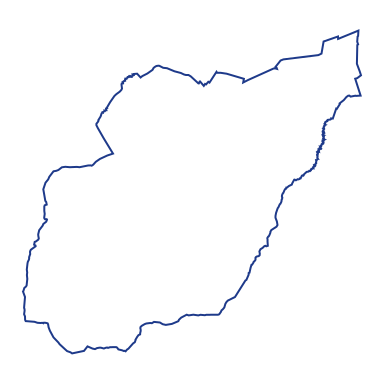 the district of Ciumani, Harghita, Romania
{"feature_id": "2599482B61629303727972", "entity_name": "Ciumani", "entity_type": "district", "adm_level": 2, "iso_a3": "ROU", "parent_name": "Romania", "parent_adm1": "Harghita", "projection": "orthographic", "projection_center": [25.481, 46.64], "detail": "fine", "context": "isolated", "style": "outline", "palette": "blue", "viewbox_px": 384, "rotation_deg": 0, "n_neighbors": 0, "source": "geoboundaries", "source_scale": "gbopen_adm2", "svg_char_len": 5904}
<svg xmlns="http://www.w3.org/2000/svg" viewBox="0 0 384 384"><path d="M87.5,346.4L92.6,348.6L95.0,349.1L97.0,348.1L99.3,347.7L100.9,347.7L103.9,348.5L105.7,347.8L107.1,347.5L108.0,347.9L110.1,347.2L116.1,347.1L117.1,347.6L118.4,349.4L122.1,350.3L123.8,351.0L124.7,350.8L125.6,351.3L127.0,349.6L128.4,348.7L133.1,343.4L134.8,342.2L135.6,340.0L135.5,339.7L137.3,336.7L138.5,335.1L140.1,334.4L140.2,333.0L140.7,330.9L140.6,329.2L140.3,328.1L140.6,326.9L141.8,325.8L144.7,324.1L146.3,323.5L150.2,323.0L151.9,323.2L154.0,321.9L159.9,322.5L162.7,324.2L165.8,324.9L171.9,323.9L178.3,321.2L179.0,319.7L181.2,317.6L186.7,314.7L188.7,315.4L193.3,314.7L198.3,315.4L200.5,314.8L204.9,315.2L206.3,314.8L218.1,314.7L219.2,314.3L220.9,311.9L221.5,310.4L222.9,309.2L224.3,307.5L225.4,303.8L226.4,302.1L227.8,300.6L235.0,297.0L245.4,280.5L246.4,279.9L248.6,274.8L248.7,273.0L249.5,272.7L250.6,267.7L251.5,264.8L252.1,264.7L253.5,262.5L253.6,261.9L255.2,260.4L255.6,259.0L255.4,258.0L255.8,257.2L256.8,256.5L258.7,256.1L259.6,255.3L259.8,253.7L259.4,251.4L260.5,249.2L262.6,247.9L264.3,246.2L265.3,245.8L266.2,246.3L267.8,245.8L267.5,240.9L267.6,240.0L267.3,238.1L268.2,236.6L268.7,236.4L269.5,234.9L270.4,232.6L270.4,231.7L271.4,230.0L276.5,226.7L277.5,225.0L276.9,221.5L275.5,217.8L275.5,215.9L276.1,212.8L277.7,208.2L278.4,207.3L279.8,204.2L280.4,203.8L281.4,201.7L281.7,199.5L282.2,198.8L282.1,197.7L282.3,197.4L281.9,196.5L282.0,195.3L282.8,193.3L283.3,193.0L284.4,190.3L285.3,188.9L285.9,188.8L286.3,187.6L286.8,187.7L288.9,186.0L291.8,184.6L292.2,183.4L294.2,179.7L294.7,179.6L295.9,180.3L297.7,179.2L298.4,179.4L299.5,179.0L299.8,178.6L300.2,178.5L300.1,178.2L300.8,178.0L301.8,175.8L302.3,175.4L303.3,175.7L303.7,175.3L303.8,174.5L306.6,171.9L308.5,171.6L309.1,170.9L310.0,171.1L311.0,170.2L311.1,169.7L310.9,169.6L311.4,168.8L312.5,168.8L312.9,168.0L313.3,168.1L313.1,167.6L313.5,167.2L313.3,167.0L314.1,166.3L314.2,166.7L314.6,166.5L314.7,166.1L314.5,165.8L315.0,165.8L314.9,165.1L315.1,165.0L314.6,164.6L315.4,164.2L315.6,163.8L315.4,163.6L315.7,163.7L316.1,163.3L315.9,163.0L316.0,162.3L316.2,162.2L316.3,161.4L316.1,160.3L316.5,160.4L317.2,159.6L317.4,158.5L317.8,158.6L317.3,157.7L317.6,156.8L317.4,156.5L317.0,154.8L317.6,153.7L317.8,154.1L317.9,153.5L317.6,153.4L317.9,152.2L317.2,152.3L317.0,152.0L317.8,151.3L318.4,151.5L318.1,151.0L318.5,150.2L318.7,150.3L318.6,149.9L319.1,150.1L319.4,149.7L318.9,149.6L319.1,149.1L320.6,148.9L320.3,148.4L320.7,148.3L320.2,147.8L320.5,147.4L320.2,147.4L320.4,147.2L320.1,146.6L320.7,146.7L320.9,145.7L321.2,145.6L321.6,144.4L321.9,144.5L322.2,143.8L322.8,143.8L322.8,143.2L323.4,143.2L323.5,142.7L323.1,142.6L323.1,142.1L322.8,141.7L323.0,141.1L322.5,141.0L322.6,140.6L323.6,140.9L323.9,140.3L323.5,140.1L324.1,139.8L323.6,139.7L323.7,139.3L323.9,139.5L324.3,139.1L323.7,138.3L323.8,137.4L323.4,137.6L323.7,136.7L323.0,136.2L323.0,135.2L323.4,135.1L322.5,134.7L322.8,134.1L323.3,134.1L323.7,133.6L323.2,133.3L323.1,132.8L323.6,132.4L322.8,132.0L322.9,131.5L322.7,131.4L322.8,131.0L323.4,130.7L323.7,131.0L323.6,130.6L323.9,130.5L323.7,130.5L323.4,129.9L324.0,129.2L323.5,128.7L324.0,128.6L324.1,128.3L323.5,127.7L323.6,127.1L324.3,126.4L324.2,126.0L324.5,125.9L324.6,124.9L324.9,125.1L325.3,124.9L324.8,124.7L325.0,124.2L324.6,123.7L325.2,123.2L325.1,122.3L325.8,121.7L326.5,121.6L326.8,121.0L327.4,121.0L327.6,119.9L330.5,119.5L331.2,118.9L331.2,118.4L332.8,118.6L336.2,108.6L336.8,108.9L339.9,104.0L339.6,103.4L343.8,100.1L346.4,97.0L348.2,95.7L349.4,95.6L350.6,96.6L355.4,95.7L355.9,95.9L360.6,95.6L355.2,78.7L357.1,78.2L361.0,75.3L359.7,71.3L356.9,63.8L357.3,45.0L358.1,44.4L357.2,41.7L357.6,36.5L358.1,36.0L358.4,30.6L338.1,38.9L338.0,36.5L323.6,41.5L321.5,53.6L318.4,55.1L283.4,59.4L280.6,60.5L275.5,66.9L276.6,67.8L277.0,68.9L275.3,68.4L273.6,68.5L248.1,80.0L243.2,82.5L243.9,78.8L226.6,73.7L220.6,72.8L217.1,72.8L216.5,71.8L209.5,82.6L208.3,81.8L206.1,84.4L205.1,83.9L203.8,85.9L200.0,81.4L199.7,81.5L198.9,83.4L198.4,83.4L190.8,76.4L188.5,75.0L185.9,75.0L184.0,74.5L180.9,73.0L174.5,71.3L167.0,68.2L163.2,67.8L159.3,65.8L158.3,65.7L156.4,66.0L155.0,66.8L153.6,67.9L152.5,69.9L147.4,73.5L142.3,76.1L140.6,77.5L137.1,73.7L133.7,74.0L133.9,75.1L133.1,75.5L132.5,75.0L132.5,75.8L131.7,76.2L131.7,76.9L130.6,76.8L130.3,76.2L129.5,76.7L129.5,76.2L129.2,76.0L128.9,76.3L128.9,76.8L127.6,77.0L126.7,78.7L125.3,78.6L125.1,79.4L125.4,79.6L125.0,80.2L125.1,80.8L123.6,81.2L123.1,82.3L122.6,82.2L122.6,82.5L123.1,83.1L123.1,83.4L121.7,83.6L121.5,84.6L122.0,88.6L121.3,90.0L119.7,91.7L116.3,94.2L114.4,96.0L110.1,102.2L106.8,107.8L107.0,108.1L106.0,108.5L106.3,109.8L105.9,110.0L106.1,110.3L105.4,110.4L105.0,111.0L104.4,110.7L104.4,111.2L103.2,112.1L102.7,112.1L102.8,112.6L102.4,112.5L101.6,113.4L100.6,116.5L98.3,120.2L98.5,120.7L98.1,121.6L96.4,123.8L96.4,125.2L97.8,128.0L103.7,138.3L113.0,153.6L107.3,155.5L100.0,158.9L95.8,161.8L93.2,164.7L91.7,165.7L90.6,165.4L88.0,165.5L79.6,167.2L76.9,166.9L69.9,167.2L65.3,166.8L61.9,167.3L58.4,170.0L56.3,170.8L53.5,171.3L49.3,176.8L48.2,179.4L45.5,182.7L43.3,189.3L45.3,200.8L46.2,202.0L46.7,204.6L44.7,205.3L44.3,206.5L44.3,211.0L44.7,213.9L44.2,217.6L44.4,218.5L45.0,219.2L46.7,219.2L47.0,219.7L46.2,221.7L43.3,224.0L42.7,225.6L39.2,230.2L38.2,234.3L38.3,235.9L38.8,238.4L38.3,239.6L36.0,241.4L34.7,241.9L34.1,244.7L35.5,245.5L35.6,246.3L30.9,249.7L30.4,250.6L30.0,251.9L30.2,254.1L29.1,257.2L29.2,258.1L28.9,259.7L27.8,261.9L27.5,263.4L26.8,269.6L27.2,272.5L26.9,275.0L27.3,278.9L26.6,285.5L26.0,286.5L24.3,288.0L23.4,291.0L23.0,291.5L25.0,297.0L24.2,306.4L24.1,307.9L24.5,309.1L24.6,310.7L24.1,314.2L25.0,316.4L25.1,319.8L25.7,321.1L34.5,321.8L37.5,322.8L40.7,323.0L42.2,322.8L43.3,323.2L43.4,322.9L43.9,322.7L45.6,322.8L47.6,323.3L48.1,324.3L48.6,327.3L49.9,330.7L53.5,337.4L58.4,342.5L59.6,344.2L65.2,349.4L67.1,351.1L70.5,352.3L72.1,353.4L84.0,350.9L87.5,346.4Z" fill="none" stroke="#1e3a8a" stroke-width="2"/></svg>